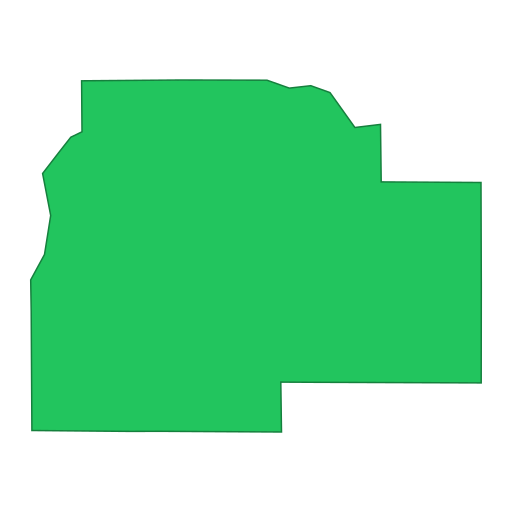 outline of Lincoln, Louisiana, United States of America
{"feature_id": "52423323B73222976979842", "entity_name": "Lincoln", "entity_type": "district", "adm_level": 2, "iso_a3": "USA", "parent_name": "United States of America", "parent_adm1": "Louisiana", "projection": "orthographic", "projection_center": [-92.669, 32.606], "detail": "fine", "context": "isolated", "style": "filled", "palette": "green", "viewbox_px": 512, "rotation_deg": 0, "n_neighbors": 0, "source": "geoboundaries", "source_scale": "gbopen_adm2", "svg_char_len": 452}
<svg xmlns="http://www.w3.org/2000/svg" viewBox="0 0 512 512"><path d="M481.2,382.9L481.3,291.0L481.3,282.6L481.0,182.5L381.2,181.9L380.5,124.4L354.9,127.5L330.0,92.6L310.8,85.7L289.3,88.1L267.0,80.2L181.1,80.0L81.6,80.8L82.0,131.8L70.8,137.2L58.8,152.5L42.6,173.5L50.7,215.5L44.5,254.5L30.7,279.9L31.2,311.6L31.9,430.5L130.8,431.4L159.8,431.3L281.5,432.0L280.8,382.1L316.6,382.3L481.2,382.9Z" fill="#22c55e" stroke="#15803d" stroke-width="1.5"/></svg>